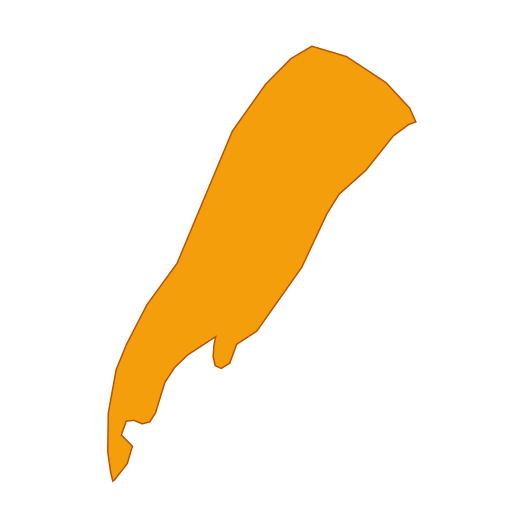 the Unitary Authority of Nelson City, rotated 170°
{"feature_id": "NZL-3402", "entity_name": "Nelson City", "entity_type": "Unitary Authority", "adm_level": 1, "iso_a3": "NZL", "parent_name": "New Zealand", "parent_adm1": "", "projection": "orthographic", "projection_center": [173.429, -41.222], "detail": "fine", "context": "isolated", "style": "filled", "palette": "amber", "viewbox_px": 512, "rotation_deg": 170, "n_neighbors": 0, "source": "natural_earth", "source_scale": "10m", "svg_char_len": 676}
<svg xmlns="http://www.w3.org/2000/svg" viewBox="0 0 512 512"><g transform="rotate(170 256 256)"><path d="M75.3,360.3L83.0,358.9L100.0,350.4L132.8,321.4L163.5,302.4L178.8,285.3L213.0,236.8L268.3,181.9L290.4,172.4L300.4,155.1L309.7,151.3L315.2,155.1L315.7,164.4L313.0,175.1L309.7,183.6L340.4,170.5L355.5,160.3L367.7,147.3L382.2,119.0L389.4,111.1L397.2,110.5L404.9,115.4L412.4,115.9L419.7,103.1L410.7,90.1L418.9,73.8L434.5,59.9L436.1,59.1L436.7,67.7L436.0,88.9L428.7,127.1L413.4,168.4L399.2,191.0L372.0,226.8L335.0,262.5L257.6,383.1L216.7,423.5L187.4,444.3L164.6,452.9L132.3,436.7L98.0,404.3L79.0,375.0L75.3,360.3Z" fill="#f59e0b" stroke="#b45309" stroke-width="1.5"/></g></svg>